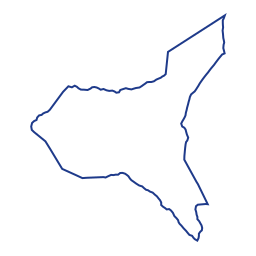 Nova Itarana, Bahia, Brazil (orthographic projection)
{"feature_id": "56859067B79206528521122", "entity_name": "Nova Itarana", "entity_type": "district", "adm_level": 2, "iso_a3": "BRA", "parent_name": "Brazil", "parent_adm1": "Bahia", "projection": "orthographic", "projection_center": [-40.008, -13.045], "detail": "fine", "context": "isolated", "style": "outline", "palette": "blue", "viewbox_px": 256, "rotation_deg": 0, "n_neighbors": 0, "source": "geoboundaries", "source_scale": "gbopen_adm2", "svg_char_len": 2373}
<svg xmlns="http://www.w3.org/2000/svg" viewBox="0 0 256 256"><path d="M224.6,53.4L224.0,50.8L223.3,48.1L223.6,44.7L224.2,42.6L223.9,40.7L223.3,38.0L223.0,34.1L222.6,30.5L223.1,27.4L222.9,25.1L222.8,22.7L222.8,20.2L223.7,18.5L224.8,15.4L168.0,51.9L165.7,74.1L164.0,75.7L162.3,76.5L160.8,77.7L158.6,78.6L156.3,79.6L153.9,81.3L151.3,82.0L149.2,82.0L147.0,82.2L145.1,83.7L143.5,84.8L141.7,86.1L139.5,87.5L136.0,88.0L133.6,88.7L131.5,89.4L128.3,88.9L125.9,88.2L123.3,89.0L120.3,90.0L119.0,92.3L116.3,92.7L114.6,91.5L112.3,90.6L109.2,90.9L106.5,90.3L103.5,89.0L100.7,89.7L98.8,88.5L96.7,87.5L94.4,87.0L92.1,87.3L90.5,88.6L87.6,90.0L84.1,89.7L80.9,89.6L78.5,88.3L76.9,86.8L74.7,85.7L71.9,87.3L68.4,86.3L63.1,91.8L49.8,109.8L47.6,111.8L45.4,112.4L43.1,113.5L41.6,114.9L39.1,115.4L37.2,117.5L36.5,120.0L34.2,121.0L32.1,122.9L31.2,126.5L31.8,129.9L34.2,132.2L45.4,141.3L50.3,149.2L58.2,162.3L62.2,168.9L75.9,175.1L82.4,178.1L86.3,177.8L88.6,177.7L103.5,177.1L105.6,177.5L107.8,176.4L111.1,174.9L113.5,175.1L115.4,174.7L118.1,174.7L120.2,173.0L122.6,172.9L125.1,173.7L126.8,174.9L128.4,176.2L129.9,178.5L131.4,180.2L133.3,181.5L136.2,183.6L139.2,185.5L142.2,186.4L144.0,188.1L146.1,189.8L147.9,190.2L150.0,191.6L152.7,192.6L154.8,194.6L156.9,196.3L158.6,198.5L160.1,200.3L161.2,202.5L161.2,205.0L163.0,206.7L165.0,208.0L166.7,209.4L169.2,209.1L171.0,210.5L172.9,212.8L174.4,216.1L176.5,218.2L178.1,220.2L178.6,222.2L179.6,223.8L181.4,225.6L183.6,228.3L186.1,230.9L187.7,232.9L189.4,234.9L192.1,235.8L193.4,237.7L194.7,239.1L197.3,240.6L198.5,238.2L198.9,236.0L198.9,233.7L200.3,231.7L201.8,230.4L202.2,228.0L201.5,225.3L200.5,223.6L199.2,221.2L197.4,219.2L197.4,216.9L196.6,214.7L196.2,212.0L195.4,209.4L196.0,206.2L197.8,204.7L205.8,204.0L207.7,204.2L197.9,184.1L196.4,181.7L184.3,159.7L184.4,156.0L184.7,152.8L184.9,150.5L185.2,147.5L185.6,144.3L186.1,142.0L187.3,140.5L188.2,137.6L186.9,134.5L186.2,132.0L185.6,129.6L184.3,127.7L182.2,126.5L181.2,123.6L182.4,121.2L183.5,119.4L184.7,117.2L185.5,115.4L185.9,112.6L186.6,110.1L187.1,107.7L188.0,104.5L188.7,101.6L189.4,99.3L189.9,97.0L191.1,94.4L193.1,92.7L194.7,91.4L196.1,89.4L197.1,87.8L198.4,85.8L199.7,83.5L201.0,81.6L202.7,79.2L204.5,76.8L206.4,74.4L208.0,72.5L209.3,70.7L210.9,68.6L212.5,66.7L214.1,64.8L215.6,62.7L217.2,60.6L218.8,58.5L220.2,56.8L222.1,54.5L224.6,53.4Z" fill="none" stroke="#1e3a8a" stroke-width="2"/></svg>